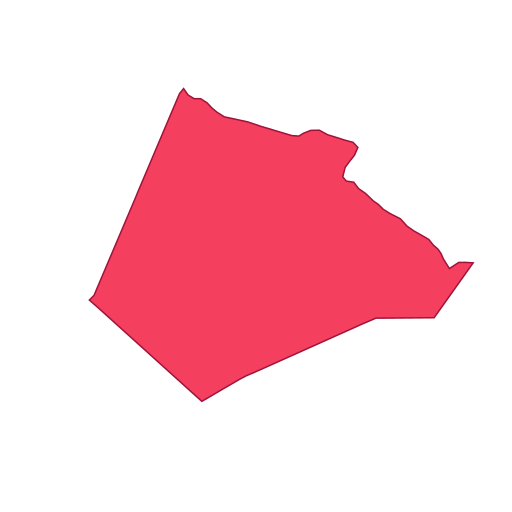 outline of Várzea Grande, Piauí, Brazil, rotated 315°
{"feature_id": "56859067B71883429484775", "entity_name": "Várzea Grande", "entity_type": "district", "adm_level": 2, "iso_a3": "BRA", "parent_name": "Brazil", "parent_adm1": "Piauí", "projection": "albers", "projection_center": [-42.19, -6.555], "detail": "fine", "context": "isolated", "style": "filled", "palette": "rose", "viewbox_px": 512, "rotation_deg": 315, "n_neighbors": 0, "source": "geoboundaries", "source_scale": "gbopen_adm2", "svg_char_len": 912}
<svg xmlns="http://www.w3.org/2000/svg" viewBox="0 0 512 512"><g transform="rotate(315 256 256)"><path d="M107.8,181.7L114.9,320.5L138.0,326.5L145.5,328.5L156.9,331.5L163.8,333.6L173.3,337.4L281.7,378.7L296.8,384.7L338.3,425.6L404.7,414.4L399.5,408.5L394.8,403.9L383.9,401.6L386.4,390.6L388.5,385.3L389.5,380.1L389.1,373.4L389.9,366.5L387.5,357.5L385.3,349.6L383.9,341.7L384.4,331.9L380.8,320.7L379.0,313.0L379.0,306.1L377.9,300.0L377.7,289.2L376.2,280.9L377.3,272.9L372.8,266.8L373.3,261.4L381.7,256.4L388.8,255.3L396.8,254.4L404.8,251.3L405.0,244.2L400.4,236.3L397.9,231.3L392.4,220.9L389.7,211.8L383.6,205.9L376.5,202.8L371.1,201.5L366.5,196.2L350.9,167.3L345.1,155.5L336.3,141.8L332.0,135.2L330.1,126.8L329.5,120.5L329.7,113.1L328.1,105.6L323.5,101.0L321.8,94.2L323.2,86.4L316.7,87.1L217.6,127.2L212.4,129.4L113.6,169.3L107.0,169.3L107.8,181.7Z" fill="#f43f5e" stroke="#9f1239" stroke-width="1.5"/></g></svg>